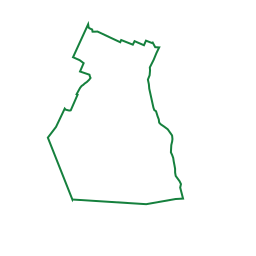 the district of Kuala Selangor, Selangor, Malaysia, rotated 204°
{"feature_id": "92858781B52521968148522", "entity_name": "Kuala Selangor", "entity_type": "district", "adm_level": 2, "iso_a3": "MYS", "parent_name": "Malaysia", "parent_adm1": "Selangor", "projection": "albers", "projection_center": [101.325, 3.38], "detail": "fine", "context": "isolated", "style": "outline", "palette": "green", "viewbox_px": 256, "rotation_deg": 204, "n_neighbors": 0, "source": "geoboundaries", "source_scale": "gbopen_adm2", "svg_char_len": 1105}
<svg xmlns="http://www.w3.org/2000/svg" viewBox="0 0 256 256"><g transform="rotate(204 128 128)"><path d="M49.0,85.9L56.1,94.8L56.8,98.3L59.3,100.4L64.9,103.6L66.8,106.4L68.4,109.9L70.5,113.0L72.6,116.0L74.5,119.0L76.8,121.4L78.9,123.2L81.5,130.0L82.2,133.7L82.9,136.0L84.5,138.8L85.0,139.3L91.2,143.0L95.7,144.0L99.6,144.7L101.7,145.6L103.4,148.4L105.7,150.7L109.2,154.7L111.3,155.1L113.1,157.0L124.6,172.6L126.7,176.4L129.5,180.3L129.7,185.0L131.3,189.6L132.7,192.2L132.3,200.6L132.5,208.3L132.3,214.3L136.0,212.9L140.2,216.1L140.7,215.4L147.1,215.1L147.1,210.1L157.3,210.0L157.5,206.1L170.0,205.6L170.0,203.2L180.5,203.4L195.1,203.7L197.5,202.5L199.6,201.6L200.8,203.4L203.3,203.4L204.8,203.7L206.6,206.5L206.8,189.3L207.0,170.3L199.7,170.3L194.9,169.2L194.8,160.1L184.9,161.0L183.7,159.5L182.6,158.5L183.1,156.3L184.3,153.3L185.7,151.0L186.4,149.3L187.5,147.5L188.1,145.1L188.7,137.9L187.6,137.9L187.5,120.9L188.2,120.3L189.4,119.9L192.4,119.4L193.7,120.0L193.7,119.7L194.2,99.7L197.3,86.6L149.6,39.9L149.6,40.1L80.4,65.8L55.6,82.5L49.0,85.9Z" fill="none" stroke="#15803d" stroke-width="2"/></g></svg>